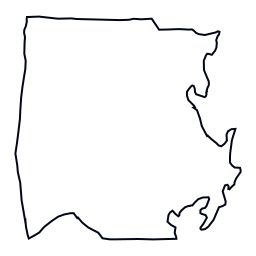 Glaro, River Gee, Liberia
{"feature_id": "62588387B27164468507335", "entity_name": "Glaro", "entity_type": "district", "adm_level": 2, "iso_a3": "LBR", "parent_name": "Liberia", "parent_adm1": "River Gee", "projection": "natural_earth1", "projection_center": [-7.495, 5.389], "detail": "fine", "context": "isolated", "style": "outline", "palette": "ink", "viewbox_px": 256, "rotation_deg": 0, "n_neighbors": 0, "source": "geoboundaries", "source_scale": "gbopen_adm2", "svg_char_len": 2386}
<svg xmlns="http://www.w3.org/2000/svg" viewBox="0 0 256 256"><path d="M176.4,238.8L176.2,236.9L174.7,233.0L175.5,227.4L171.1,225.0L167.5,221.7L168.5,215.1L170.0,212.5L172.5,210.7L175.7,214.2L178.3,216.3L179.4,215.2L179.3,214.2L179.8,212.5L181.8,210.1L185.2,207.2L188.1,206.1L190.1,205.9L190.5,205.5L192.4,205.4L194.6,202.7L198.2,199.2L202.8,197.5L208.5,197.3L209.2,199.1L208.5,200.8L206.4,206.3L204.7,208.1L202.2,208.5L200.4,210.2L200.4,213.1L201.7,213.9L205.6,215.1L206.9,217.7L203.4,223.8L200.6,227.5L200.4,228.5L201.4,229.7L205.1,229.1L208.4,226.6L213.6,219.8L219.0,207.2L222.6,206.1L225.3,204.5L225.7,201.7L224.6,197.8L222.7,191.4L225.0,185.4L227.5,184.8L228.6,186.5L228.3,189.0L229.4,189.3L232.3,186.2L234.4,184.4L234.5,182.5L236.0,178.7L238.3,175.3L240.6,172.0L240.6,170.0L240.0,167.8L234.6,167.5L232.1,165.4L230.0,162.6L230.0,156.9L230.2,153.0L231.9,140.2L235.4,128.9L231.3,129.2L228.0,131.3L226.5,134.7L226.9,140.6L224.6,143.7L221.4,146.2L218.7,145.5L216.1,142.9L211.4,139.1L208.4,136.4L207.7,135.6L207.1,136.0L205.1,132.4L201.8,126.1L200.0,118.6L197.0,110.2L193.5,107.6L194.9,107.2L194.1,105.8L188.4,100.1L187.0,95.7L186.9,92.0L189.0,88.8L191.0,86.5L191.2,86.2L192.3,85.5L193.8,86.1L194.8,89.0L195.0,92.0L196.2,94.3L204.6,97.1L205.9,96.2L206.5,94.1L206.2,92.7L207.0,91.5L206.6,90.9L207.4,88.0L208.8,85.3L208.8,81.6L204.1,70.4L203.9,67.1L203.8,60.7L206.0,55.3L207.1,53.8L208.4,53.8L211.8,54.8L215.1,50.7L216.4,47.5L216.8,42.8L216.2,40.1L217.6,36.3L219.1,34.2L219.5,31.8L219.2,31.7L217.9,31.3L215.5,32.5L210.7,33.6L204.9,35.0L198.6,34.1L195.8,32.7L193.9,30.7L191.9,29.4L189.1,29.6L178.9,29.1L167.8,29.5L159.1,29.7L151.7,18.7L141.3,19.3L133.7,18.8L128.8,19.8L119.8,20.1L100.2,19.6L76.5,19.0L71.5,18.4L58.3,18.7L55.2,18.4L39.1,16.6L30.4,16.9L29.0,17.0L26.9,17.0L26.7,19.5L26.8,21.8L26.7,22.3L25.8,26.3L24.3,29.8L24.1,32.9L25.0,37.2L24.6,42.4L24.4,50.1L24.3,53.7L25.7,60.8L25.3,69.2L24.1,76.4L22.4,87.3L21.2,97.2L20.3,110.1L19.9,119.3L18.2,133.5L16.9,143.6L15.4,153.5L17.3,165.6L17.8,171.9L20.2,182.6L21.1,193.6L21.6,200.1L24.0,214.1L25.3,221.7L25.5,221.3L26.0,226.9L27.7,235.1L28.8,238.5L34.0,235.7L39.3,232.5L44.0,227.1L51.2,221.4L58.1,216.7L64.1,214.5L70.5,213.2L73.7,213.2L77.2,218.1L77.9,217.5L82.3,222.6L85.7,225.4L87.9,227.2L92.4,229.7L98.3,232.7L102.5,238.3L109.5,239.3L117.7,239.3L138.1,239.0L153.2,239.4L176.4,238.8Z" fill="none" stroke="#020617" stroke-width="2"/></svg>